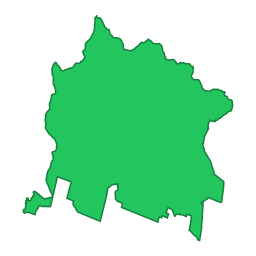 outline of Reforma, Chiapas, Mexico
{"feature_id": "50627088B2456269013516", "entity_name": "Reforma", "entity_type": "district", "adm_level": 2, "iso_a3": "MEX", "parent_name": "Mexico", "parent_adm1": "Chiapas", "projection": "equal_earth", "projection_center": [-93.258, 17.869], "detail": "fine", "context": "isolated", "style": "filled", "palette": "green", "viewbox_px": 256, "rotation_deg": 0, "n_neighbors": 0, "source": "geoboundaries", "source_scale": "gbopen_adm2", "svg_char_len": 5670}
<svg xmlns="http://www.w3.org/2000/svg" viewBox="0 0 256 256"><path d="M140.1,43.6L139.4,44.5L135.1,48.2L133.5,49.4L131.1,50.7L129.1,50.5L124.6,49.4L124.0,49.4L123.7,49.0L123.1,44.2L121.5,40.7L120.8,39.7L120.0,38.9L118.8,38.3L116.7,37.8L114.3,37.8L113.1,37.2L112.6,36.9L111.8,35.4L110.9,34.9L109.9,33.9L109.7,33.1L109.6,31.5L109.2,30.0L108.9,29.7L106.6,28.9L104.4,26.0L103.4,23.6L101.1,19.2L100.7,18.6L99.5,17.7L98.8,17.8L97.8,18.3L97.2,18.0L96.9,17.0L97.1,15.4L96.3,16.6L95.6,17.3L94.9,18.2L95.2,21.5L94.8,23.5L94.5,25.3L94.7,28.2L94.2,30.0L93.7,32.5L93.1,33.3L92.1,35.2L90.3,38.8L86.1,42.6L85.4,44.0L85.3,47.9L84.8,49.7L83.4,50.7L82.7,51.5L84.1,55.5L84.7,56.6L84.8,57.4L84.7,57.9L83.6,59.1L82.9,60.5L81.4,61.2L80.7,61.7L80.3,62.7L79.4,63.2L77.8,63.4L76.5,63.0L76.0,63.1L75.1,63.9L73.3,67.0L71.8,67.9L70.0,68.3L69.1,68.3L67.3,69.4L66.3,69.4L65.5,69.5L64.6,70.2L63.3,70.8L62.0,70.6L61.6,70.5L61.0,70.0L59.7,67.0L59.4,66.6L57.4,65.1L57.2,65.0L56.3,62.9L55.9,62.5L55.5,62.4L55.1,62.4L54.2,63.5L53.3,65.0L52.8,66.0L52.1,68.5L51.9,70.0L52.3,72.9L52.1,74.3L52.2,74.9L52.9,76.0L53.6,78.0L53.3,79.7L53.4,81.2L53.2,83.3L53.5,84.7L54.1,85.1L54.2,86.0L54.6,86.4L54.7,86.7L55.3,89.0L55.5,90.2L55.6,92.9L55.3,93.5L54.5,94.0L52.0,94.5L51.8,94.7L51.0,99.3L50.5,101.1L49.8,102.2L49.4,103.8L49.4,105.2L49.8,107.4L49.6,108.9L49.1,109.9L47.8,111.2L47.1,111.8L45.6,114.6L45.6,117.3L45.1,120.9L45.3,121.7L45.9,122.5L46.0,123.3L45.9,124.5L45.5,126.4L45.5,127.3L45.7,128.7L46.6,129.9L47.5,131.5L49.0,133.5L49.4,134.2L51.3,135.6L52.2,137.1L53.6,138.1L55.2,139.9L56.8,144.4L56.5,147.0L56.5,148.7L56.1,149.8L55.5,150.7L54.6,151.4L52.7,151.7L52.3,152.0L52.0,152.6L52.3,153.2L52.4,154.2L53.3,154.9L53.2,155.2L52.9,155.8L52.9,156.1L53.1,157.9L53.1,159.9L52.3,160.8L51.3,162.8L51.0,163.8L50.6,165.3L50.5,166.7L50.3,167.2L47.7,171.5L46.7,176.1L46.5,178.2L46.0,179.5L46.0,180.0L47.4,183.9L48.6,186.4L50.2,190.9L50.6,191.3L50.7,191.8L52.0,194.2L52.3,195.1L52.3,196.2L52.0,196.8L51.4,197.3L50.5,197.7L49.3,197.7L45.5,198.7L44.0,198.8L41.0,196.4L38.8,194.4L36.5,192.5L34.7,191.4L33.6,191.6L33.4,191.8L33.4,193.0L33.7,193.6L34.3,194.4L34.4,194.8L33.0,195.6L32.9,196.1L33.1,197.0L33.0,197.4L31.8,197.5L30.8,200.2L30.4,200.5L29.7,200.7L28.6,200.6L28.2,200.3L28.1,200.0L28.3,198.3L26.9,198.2L26.5,198.4L26.6,200.4L25.8,200.8L25.7,201.1L26.2,201.8L26.6,202.9L26.3,203.1L25.8,202.8L25.5,203.0L25.8,204.7L25.5,207.3L25.2,209.1L24.7,209.5L23.7,209.5L23.4,210.0L23.3,210.7L23.4,211.5L24.0,212.9L24.5,213.3L25.8,212.4L26.2,212.3L29.6,212.6L31.7,213.6L35.1,214.6L35.3,214.5L35.4,213.8L35.6,211.5L37.6,208.8L38.4,207.5L38.6,206.7L39.4,205.6L40.0,205.5L40.4,205.6L41.5,206.4L42.4,206.5L42.9,206.4L47.1,206.6L50.5,206.5L57.4,176.7L71.2,181.9L66.9,198.3L73.5,201.0L73.1,202.7L73.0,203.9L73.4,205.3L73.7,205.9L74.9,207.1L75.5,208.0L76.4,210.1L77.7,212.0L100.2,221.3L105.7,199.3L106.9,193.9L107.8,188.3L108.3,187.7L109.3,187.3L109.9,186.7L110.4,186.0L111.4,185.2L113.9,184.4L114.9,184.5L115.4,184.3L115.8,183.9L116.3,184.0L116.7,184.3L118.0,183.8L118.1,184.3L118.0,184.9L117.4,185.9L117.4,186.4L117.5,186.6L117.8,186.5L118.2,189.3L117.6,189.7L117.1,190.4L115.5,191.3L115.3,191.7L115.1,192.9L115.4,195.1L115.5,196.2L115.4,197.0L115.5,198.9L115.6,199.2L116.7,200.5L116.9,200.9L122.2,203.1L122.0,205.6L121.5,207.4L158.0,222.1L158.3,219.4L159.8,216.6L161.6,217.8L162.2,215.6L167.3,218.0L168.5,213.8L166.0,212.8L168.0,207.6L172.2,209.7L174.7,216.2L175.0,216.2L175.5,215.0L175.7,214.9L176.6,214.5L177.8,214.2L178.6,213.8L179.2,213.8L179.5,214.8L180.8,214.4L186.3,216.5L186.8,214.2L191.6,216.1L189.6,228.9L189.1,230.1L189.7,230.6L189.8,230.6L194.2,235.1L196.9,237.3L197.4,238.2L197.6,239.7L199.6,240.6L201.6,228.1L201.7,223.7L202.1,219.8L202.9,206.1L203.0,203.5L202.1,204.4L201.3,202.6L207.5,198.8L208.5,197.7L208.4,197.6L219.6,202.1L221.5,202.4L223.6,187.4L223.8,181.6L213.8,173.8L214.1,172.9L213.1,169.8L210.7,161.7L204.5,151.2L204.0,149.8L204.2,148.9L203.4,147.1L202.5,143.8L203.6,143.3L203.1,142.3L203.2,142.0L204.1,139.9L204.2,137.6L206.0,133.3L207.6,130.6L207.8,129.5L208.4,128.9L207.6,128.5L207.9,127.2L208.2,127.3L208.4,122.5L209.6,122.0L210.0,120.3L212.8,121.4L213.3,121.3L215.1,121.6L215.2,121.2L215.0,120.4L215.5,119.9L217.0,120.4L218.5,118.7L220.1,118.3L223.7,115.1L226.0,113.9L228.6,111.6L230.6,111.1L231.1,110.7L231.5,110.3L231.8,109.5L231.9,108.6L232.3,107.4L232.4,105.7L232.7,104.8L232.6,104.1L232.4,103.9L232.3,101.4L232.0,100.8L231.5,100.1L230.8,99.8L229.7,99.8L228.2,99.2L227.7,98.7L227.5,97.2L227.2,96.7L226.9,96.4L225.3,96.0L224.9,95.7L224.3,94.8L224.3,93.8L224.5,93.2L225.0,92.5L224.7,92.2L224.7,91.9L222.6,91.7L222.4,91.5L222.2,90.9L221.8,90.6L219.8,90.4L218.3,89.5L217.6,89.3L215.2,89.5L214.5,89.1L213.8,89.2L213.1,89.6L211.2,90.2L210.1,91.0L209.2,91.2L205.1,90.7L204.4,90.2L202.1,87.7L201.7,86.6L201.5,84.9L200.6,83.4L200.1,82.1L199.3,80.6L198.8,80.0L198.2,79.8L196.9,79.7L194.7,79.7L193.2,79.2L192.3,78.5L191.5,76.4L191.5,74.8L192.5,73.7L193.1,72.6L193.0,69.8L193.4,68.1L193.4,67.5L192.9,66.5L191.1,66.1L190.2,64.4L189.6,64.0L187.7,63.6L186.9,63.9L186.1,63.8L184.7,63.5L183.7,62.6L182.7,63.0L181.8,63.1L181.2,62.6L179.8,62.8L178.3,63.9L176.9,63.7L176.2,63.5L176.2,62.5L176.1,62.1L175.2,61.5L174.6,60.4L173.1,59.4L172.5,59.4L170.9,60.0L169.1,59.9L168.5,60.2L168.1,59.9L167.0,59.6L165.5,58.8L165.6,57.7L165.4,57.0L164.7,55.9L164.6,55.0L164.3,54.3L164.2,53.2L162.6,51.2L162.7,50.1L162.6,49.2L161.7,45.9L160.8,44.8L159.2,43.5L157.4,44.0L156.5,44.1L155.5,43.6L154.6,43.7L153.8,43.4L152.9,43.3L152.3,42.4L151.4,41.5L150.9,40.8L149.8,40.2L149.0,39.9L148.1,39.2L147.1,40.4L145.4,41.8L144.3,42.5L143.2,42.9L142.8,42.8L142.1,42.2L141.6,42.3L140.1,43.6Z" fill="#22c55e" stroke="#15803d" stroke-width="1.5"/></svg>